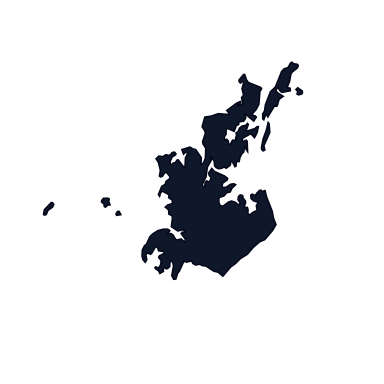 outline of Kangryong, Hwanghae-namdo, North Korea, rotated 158°
{"feature_id": "82179303B5734042978537", "entity_name": "Kangryong", "entity_type": "district", "adm_level": 2, "iso_a3": "PRK", "parent_name": "North Korea", "parent_adm1": "Hwanghae-namdo", "projection": "orthographic", "projection_center": [125.504, 37.845], "detail": "fine", "context": "isolated", "style": "filled", "palette": "ink", "viewbox_px": 384, "rotation_deg": 158, "n_neighbors": 0, "source": "geoboundaries", "source_scale": "gbopen_adm2", "svg_char_len": 5326}
<svg xmlns="http://www.w3.org/2000/svg" viewBox="0 0 384 384"><g transform="rotate(158 192 192)"><path d="M123.7,165.6L124.1,166.2L126.7,166.0L127.2,167.9L129.0,168.2L132.8,166.5L134.5,164.9L137.0,167.5L138.7,167.1L139.7,163.9L138.4,160.8L135.6,158.5L134.5,157.6L137.6,155.1L138.4,150.6L143.8,150.3L146.9,149.0L148.3,151.2L146.7,154.3L146.4,157.0L148.7,157.8L149.0,158.8L146.3,161.9L145.8,163.7L146.9,167.2L146.3,169.8L148.4,171.3L150.7,170.4L152.3,167.6L151.5,164.1L152.6,162.7L154.1,163.2L155.5,166.1L158.3,168.5L158.7,168.9L162.2,169.0L168.2,167.4L169.6,167.7L170.9,169.4L171.1,171.4L169.9,175.3L168.4,176.7L163.9,176.3L160.2,178.3L156.5,177.7L153.7,180.4L148.7,182.4L150.1,184.0L153.4,184.8L158.4,183.7L160.8,184.3L162.4,185.6L160.1,188.7L154.9,189.9L153.8,191.3L155.8,194.7L163.4,202.6L164.4,205.2L164.8,206.5L169.3,203.5L169.9,201.2L169.0,198.0L172.1,194.7L174.3,196.9L176.1,196.3L178.3,192.0L179.3,191.6L179.8,194.5L177.7,197.1L173.4,200.6L168.4,209.3L161.6,214.7L162.4,217.0L161.2,217.4L160.2,215.4L160.0,212.0L161.3,207.8L160.5,205.6L158.7,203.6L155.5,202.8L153.1,203.2L151.3,201.2L146.5,202.5L144.1,206.1L143.4,206.0L143.0,202.0L142.8,199.3L141.4,199.5L139.5,203.5L136.9,202.5L134.6,206.0L131.3,208.8L129.0,209.7L126.5,214.2L125.3,208.6L121.8,218.5L122.1,219.6L123.3,220.0L125.5,219.2L125.9,220.5L125.1,222.8L115.7,224.0L114.3,220.5L113.7,218.9L109.3,222.7L105.9,227.8L107.4,228.2L110.0,227.3L118.2,227.9L118.7,228.7L114.4,233.5L114.9,234.9L116.9,233.7L120.6,234.4L123.8,233.6L126.7,230.8L129.1,230.3L129.7,227.0L131.1,226.4L131.7,223.7L135.0,224.9L137.6,222.8L138.4,222.1L139.6,222.2L139.9,223.3L139.2,225.7L140.0,227.9L141.9,227.8L142.0,229.3L141.0,231.3L138.7,232.8L137.2,236.6L135.5,237.9L130.2,232.4L126.0,237.0L123.4,237.1L122.4,239.4L117.5,238.3L114.4,240.5L113.8,243.5L113.1,243.8L108.2,234.6L107.6,235.0L104.2,237.4L105.0,239.1L107.5,240.7L105.9,242.3L101.6,244.4L97.1,248.3L91.3,259.8L88.8,261.5L89.0,263.1L98.7,272.5L99.4,275.5L99.1,281.3L100.2,281.7L102.5,280.4L106.5,278.3L107.0,276.8L106.4,274.9L103.7,275.3L102.8,274.5L107.0,269.0L107.9,262.5L110.7,261.0L111.8,254.9L116.6,254.0L116.9,255.4L114.0,256.1L113.1,257.1L113.3,257.9L117.3,257.7L129.2,254.6L128.4,251.7L128.3,251.2L128.8,250.1L138.2,254.8L145.6,255.2L152.1,256.7L158.2,248.7L157.3,244.3L157.6,241.5L163.3,234.8L163.8,232.5L162.9,227.4L165.2,222.3L167.0,218.3L170.2,215.0L172.8,213.6L173.1,214.5L170.5,220.4L172.7,230.1L174.8,231.4L177.0,234.4L185.5,235.2L185.7,230.2L183.9,231.0L181.5,230.8L181.0,230.1L185.4,226.0L187.7,221.0L189.2,217.8L190.0,218.0L190.7,219.6L192.7,227.0L193.8,227.3L196.6,225.5L198.8,225.9L200.3,224.7L201.5,226.5L200.8,228.5L197.2,231.9L193.2,232.6L192.5,233.6L193.3,235.6L195.7,236.1L197.7,234.8L199.9,234.6L202.0,236.4L205.9,235.8L209.3,237.8L212.9,236.3L212.1,232.0L212.1,231.6L213.3,223.8L216.3,219.0L215.6,217.7L213.3,217.7L210.2,220.0L208.4,219.8L207.0,215.4L207.0,213.0L212.2,211.5L214.0,209.2L218.0,208.6L224.2,202.2L223.7,200.0L221.4,203.0L219.2,203.9L215.5,199.4L214.4,198.1L215.6,195.7L215.4,194.5L213.5,192.7L214.2,188.7L219.5,189.1L222.5,188.0L220.4,184.2L221.8,180.2L219.5,177.4L219.8,175.4L224.2,167.6L219.7,161.1L214.5,160.4L213.4,158.2L213.9,157.3L216.1,158.5L217.7,157.5L217.5,156.8L215.9,150.9L217.3,148.1L219.7,152.6L223.4,153.1L224.9,154.1L225.6,159.3L227.2,161.5L230.3,162.7L227.0,164.4L228.3,166.6L232.4,168.3L238.0,169.0L244.2,167.9L247.9,166.3L253.5,160.9L253.8,160.7L256.2,160.0L259.7,157.0L262.4,151.3L262.8,147.5L261.8,144.3L259.3,146.0L258.3,150.9L256.5,152.3L253.9,149.9L252.6,150.0L247.4,154.1L245.7,154.5L244.8,154.0L245.0,149.9L240.4,147.5L240.9,145.6L246.3,145.0L247.5,143.8L247.0,142.1L246.4,140.1L247.8,137.1L250.0,134.8L251.9,134.5L253.7,136.2L254.7,135.9L254.6,134.5L252.5,131.3L252.4,128.5L248.2,129.0L247.2,131.9L246.1,132.3L244.7,130.4L243.4,130.1L240.6,131.2L238.5,135.5L237.1,136.3L236.3,133.5L237.0,130.2L242.1,122.1L241.8,117.9L239.9,117.4L239.6,117.3L235.7,122.0L233.4,123.3L226.4,129.9L224.7,130.5L223.3,128.9L218.2,128.3L218.0,125.4L215.9,122.8L212.3,122.3L209.6,119.6L206.9,118.2L201.5,110.4L197.8,107.8L194.9,102.3L189.5,105.2L184.1,108.0L178.7,109.3L172.0,112.1L164.0,113.5L155.9,117.7L147.8,120.5L142.5,120.5L131.7,126.1L126.3,130.3L126.2,137.3L124.8,144.3L124.7,154.1L124.7,159.7L123.7,165.6ZM99.0,233.3L98.4,232.0L95.1,235.6L93.9,236.1L93.6,233.1L83.5,240.7L81.3,239.7L80.5,240.2L76.5,245.3L71.5,246.5L71.7,246.8L75.1,251.4L76.2,254.1L75.6,255.7L73.4,256.2L72.1,251.6L70.8,250.5L62.9,249.0L62.1,251.5L64.1,252.7L63.7,254.3L59.9,258.2L56.2,264.2L54.2,265.6L47.6,267.6L46.0,269.6L46.7,271.2L49.7,272.8L50.6,274.9L52.2,274.8L56.5,271.4L60.2,271.8L63.7,270.3L75.3,258.2L81.8,255.6L82.9,254.4L91.3,245.4L94.4,240.0L97.3,237.9L99.0,233.3ZM100.1,221.3L106.2,214.6L111.1,207.0L111.5,205.1L110.7,203.4L108.7,203.6L108.0,207.9L97.5,218.1L94.9,226.3L95.3,228.0L100.1,221.3ZM278.0,210.3L274.9,211.4L272.8,210.7L272.7,214.5L271.3,216.5L272.3,217.8L276.4,219.4L278.9,218.0L279.7,216.6L278.1,213.7L278.8,211.6L278.0,210.3ZM335.5,230.9L338.0,227.1L337.7,225.9L335.7,225.6L332.4,228.9L326.9,230.2L324.7,232.4L325.3,234.4L326.4,235.0L335.5,230.9ZM57.3,248.1L56.4,245.6L58.0,243.4L56.8,242.1L53.5,241.7L52.3,242.7L51.9,244.4L54.9,249.1L57.3,248.1ZM270.8,200.1L270.6,198.5L266.4,197.6L266.8,201.4L268.5,201.9L270.8,200.1Z" fill="#0f172a" stroke="#020617" stroke-width="1.5"/></g></svg>